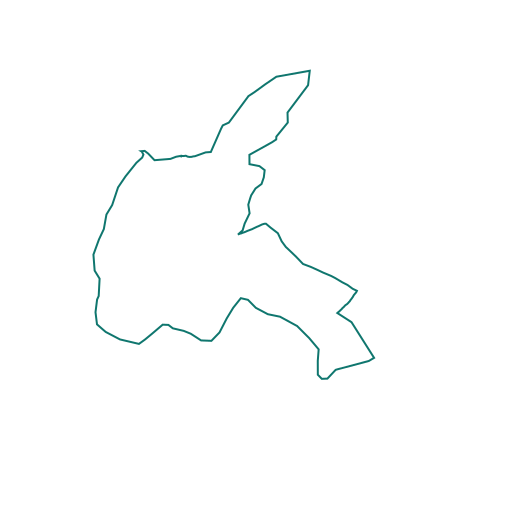 Ejigbo, Osun, Nigeria (Natural Earth projection), rotated 228°
{"feature_id": "59680162B4821538642969", "entity_name": "Ejigbo", "entity_type": "district", "adm_level": 2, "iso_a3": "NGA", "parent_name": "Nigeria", "parent_adm1": "Osun", "projection": "natural_earth1", "projection_center": [4.23, 7.836], "detail": "fine", "context": "isolated", "style": "outline", "palette": "teal", "viewbox_px": 512, "rotation_deg": 228, "n_neighbors": 0, "source": "geoboundaries", "source_scale": "gbopen_adm2", "svg_char_len": 2345}
<svg xmlns="http://www.w3.org/2000/svg" viewBox="0 0 512 512"><g transform="rotate(228 256 256)"><path d="M410.7,240.8L410.0,241.0L406.7,240.2L405.3,237.3L405.3,229.5L402.5,212.4L399.3,199.4L390.1,183.2L386.9,172.6L377.8,160.9L373.4,150.4L365.8,136.1L353.1,126.3L343.8,124.6L342.1,122.9L331.5,112.3L330.0,108.8L321.6,99.1L311.6,92.1L304.8,92.9L300.1,93.5L285.0,99.1L269.0,110.2L268.2,117.6L267.8,126.8L267.4,140.7L263.4,144.8L257.9,145.8L248.7,152.2L241.9,155.5L240.8,155.8L234.9,157.4L230.0,158.7L222.8,166.1L223.6,177.7L225.3,182.2L229.2,192.5L232.8,204.5L234.8,216.5L228.8,220.7L217.6,221.2L206.9,225.1L204.9,225.8L195.4,232.8L194.9,233.2L177.3,239.4L176.6,239.7L163.0,240.4L159.5,240.6L144.7,240.1L136.8,231.8L126.4,222.5L120.7,222.7L117.2,226.9L117.1,227.0L118.1,239.0L117.4,240.5L102.5,269.6L101.3,275.6L142.9,282.7L159.2,278.3L159.2,278.8L159.2,279.6L159.2,280.2L159.1,280.7L159.1,281.2L159.2,281.9L159.2,282.7L159.2,283.6L159.2,284.2L159.4,285.0L159.4,285.8L159.4,286.5L159.4,287.4L159.5,288.1L159.6,289.0L159.6,289.7L159.4,290.9L159.3,291.9L159.4,292.5L159.4,293.3L159.6,294.4L159.6,295.3L160.1,297.0L160.2,297.9L160.4,298.8L160.6,299.7L160.8,300.6L161.2,301.7L161.5,302.6L161.6,303.5L161.8,304.7L161.9,305.8L162.1,306.5L162.6,307.7L167.0,305.9L173.3,304.6L178.8,302.5L186.6,300.1L190.9,298.5L196.2,296.0L198.7,294.8L204.0,292.6L211.3,289.4L218.6,285.6L228.7,285.3L240.8,284.4L242.7,284.2L249.7,284.9L258.3,287.5L267.5,285.8L273.3,285.0L274.2,284.0L274.7,283.1L275.5,281.3L275.8,280.1L276.5,277.8L277.1,276.2L277.4,275.1L277.8,273.8L278.4,271.7L278.6,270.9L279.2,269.5L279.6,268.4L280.1,267.2L280.6,265.8L281.0,264.5L281.6,262.9L282.2,261.6L282.7,260.1L283.4,258.9L283.7,258.0L284.0,256.9L284.0,263.2L287.7,269.3L292.0,279.8L299.3,284.6L302.5,289.8L304.3,293.0L306.5,300.8L305.8,308.3L309.2,314.4L314.0,319.9L320.5,318.7L328.6,312.6L335.6,318.8L329.8,344.1L329.1,349.0L331.1,351.0L333.9,368.9L341.5,375.4L348.1,409.0L357.7,419.9L375.6,391.1L377.4,377.8L378.8,364.4L379.9,357.3L379.8,357.0L373.3,325.1L375.3,318.7L374.0,315.3L363.5,292.0L366.7,287.9L371.0,277.4L372.0,276.0L372.9,274.3L374.2,272.8L375.7,271.6L376.9,271.2L377.5,270.9L378.3,269.7L378.8,269.0L379.7,268.1L380.4,267.6L380.1,267.1L381.2,266.3L383.2,263.1L385.4,257.4L395.1,244.7L404.3,244.4L408.6,243.6L410.7,240.8Z" fill="none" stroke="#0f766e" stroke-width="2"/></g></svg>